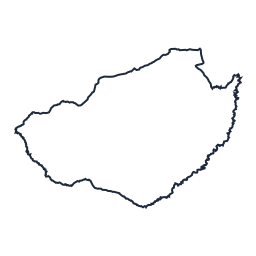 the district of Ulianópolis, Pará, Brazil
{"feature_id": "56859067B65727130507514", "entity_name": "Ulianópolis", "entity_type": "district", "adm_level": 2, "iso_a3": "BRA", "parent_name": "Brazil", "parent_adm1": "Pará", "projection": "albers", "projection_center": [-47.475, -3.802], "detail": "fine", "context": "isolated", "style": "outline", "palette": "slate", "viewbox_px": 256, "rotation_deg": 0, "n_neighbors": 0, "source": "geoboundaries", "source_scale": "gbopen_adm2", "svg_char_len": 5817}
<svg xmlns="http://www.w3.org/2000/svg" viewBox="0 0 256 256"><path d="M169.2,196.6L169.3,195.0L170.0,194.2L172.1,193.1L172.7,192.4L172.0,190.5L172.2,189.3L172.7,188.1L173.9,187.7L174.1,185.3L175.1,184.3L175.3,183.3L177.4,184.1L177.8,185.5L178.4,185.5L178.9,184.5L179.8,184.1L181.0,184.2L181.3,183.4L181.1,182.2L181.7,181.9L182.6,182.5L182.8,180.6L183.9,179.8L184.7,179.9L185.1,179.4L186.2,180.0L186.9,179.8L187.2,179.0L187.0,178.0L188.6,176.9L189.7,176.7L191.9,175.1L192.1,174.0L193.1,172.2L193.9,171.9L194.6,172.4L195.9,172.7L197.1,172.5L197.4,171.4L197.4,169.9L198.6,169.6L200.6,169.8L201.2,169.5L201.5,166.7L202.3,166.5L202.6,167.4L202.2,168.1L202.7,169.0L204.6,168.4L204.7,167.5L203.5,166.8L203.4,166.2L203.6,165.4L204.3,165.0L205.9,165.0L206.5,164.4L206.9,163.3L206.1,162.9L205.8,160.9L206.9,159.5L207.6,160.0L208.6,159.8L209.0,158.8L207.9,157.4L207.7,156.6L208.6,156.2L208.2,155.4L210.5,154.6L211.0,153.8L211.9,153.8L212.6,153.3L213.3,153.3L213.7,151.6L213.4,150.3L213.8,149.4L215.7,150.0L215.8,150.8L216.5,150.4L217.2,149.1L216.9,147.1L216.4,146.6L216.8,145.8L218.0,144.7L219.2,145.0L219.2,145.7L219.8,146.0L220.6,145.2L221.8,145.0L222.9,145.5L223.0,144.6L223.9,143.0L223.8,142.3L224.1,141.5L227.2,140.9L227.8,139.9L228.4,138.1L229.0,137.6L228.2,136.6L228.5,135.8L228.4,134.7L227.5,133.3L228.3,133.0L229.1,133.5L229.6,132.1L230.5,131.4L229.4,130.2L230.2,129.0L230.2,128.4L231.1,128.4L232.3,127.2L232.7,124.8L233.5,123.7L232.5,123.0L232.8,122.4L234.1,121.4L233.6,120.8L234.3,120.5L232.9,119.2L232.3,118.4L233.2,117.7L234.6,115.7L233.9,114.6L234.7,114.2L234.8,113.2L233.3,111.9L233.3,111.2L235.2,109.2L236.0,109.1L235.7,108.0L235.9,107.0L236.5,106.5L235.5,104.8L235.7,102.5L235.0,101.9L235.3,100.6L236.1,99.8L238.1,98.7L238.2,98.0L237.5,98.0L237.0,97.5L236.0,97.9L235.5,97.3L235.1,96.6L236.4,95.4L235.6,94.7L234.4,94.8L234.7,93.8L234.5,93.1L236.2,93.3L237.8,92.0L236.5,90.9L236.9,90.3L236.3,90.0L235.3,90.2L236.4,89.0L236.5,87.9L236.0,87.2L236.6,86.4L237.5,86.1L238.3,84.0L239.6,83.4L239.9,82.5L240.6,82.4L240.1,81.5L238.2,80.6L238.5,79.8L239.4,79.6L240.6,78.0L239.9,78.2L238.7,76.5L238.1,76.6L239.0,75.4L238.3,74.3L236.4,75.5L234.9,75.6L234.3,75.1L233.2,76.5L233.4,77.6L232.6,79.6L231.1,82.0L230.3,82.2L229.1,83.3L228.3,83.3L228.0,84.2L226.6,85.7L225.8,87.5L224.9,87.8L224.0,87.6L222.8,87.9L221.7,87.7L220.7,88.3L220.7,86.8L219.7,87.8L219.0,87.9L218.3,86.6L217.6,86.6L216.9,86.2L216.6,87.2L216.0,87.2L215.3,86.7L213.9,87.1L213.9,87.7L212.6,87.7L212.3,88.5L211.1,86.8L210.8,84.0L208.7,80.9L207.9,79.0L206.2,76.9L204.3,75.3L203.3,72.9L200.9,70.2L199.9,69.5L198.8,69.1L196.2,66.8L195.8,65.8L196.8,65.1L202.1,63.9L203.4,63.1L203.5,62.0L202.6,60.3L201.1,54.4L200.7,49.6L199.9,48.7L197.9,50.1L192.2,49.8L189.9,49.2L186.7,50.3L185.6,49.8L179.6,50.2L178.7,49.3L176.8,49.5L175.7,48.8L171.2,49.0L169.5,49.8L169.4,50.5L169.8,51.1L169.8,51.8L168.8,52.7L168.1,53.8L165.7,54.9L163.8,54.8L162.7,55.2L161.0,56.7L159.7,58.5L156.0,60.2L153.7,62.0L152.3,62.4L151.9,63.0L149.5,63.9L147.9,65.1L145.0,65.7L142.5,67.1L140.2,67.8L139.0,69.6L136.5,70.0L134.4,68.4L131.3,71.5L130.6,71.3L127.4,72.5L125.9,73.5L118.6,74.8L113.7,76.5L109.9,76.8L104.4,76.6L101.1,77.6L99.2,78.8L98.5,80.0L98.4,82.8L97.5,83.7L95.6,84.6L94.0,91.4L93.3,92.1L92.4,92.4L90.7,94.8L88.1,97.4L87.7,99.1L87.1,99.9L81.5,104.9L80.5,105.4L78.3,105.6L76.0,103.9L75.6,103.4L73.7,102.9L73.1,102.2L70.4,102.2L69.6,102.6L67.7,101.6L66.6,101.7L65.9,102.1L64.8,101.6L63.5,101.5L63.1,100.9L62.3,101.2L60.5,102.7L60.2,103.5L59.0,104.4L57.5,104.4L57.1,105.0L54.0,105.5L51.0,108.3L50.3,110.1L49.0,112.3L47.7,112.8L45.4,113.1L43.1,112.8L40.8,113.7L39.7,113.6L38.3,112.9L35.1,113.0L34.1,112.2L32.5,112.3L32.0,112.9L32.1,113.6L31.4,113.6L30.3,114.8L29.0,115.6L28.9,116.6L26.7,118.7L26.5,119.5L25.6,119.7L24.4,120.6L23.6,121.8L23.6,124.2L22.9,124.7L21.5,125.1L20.8,126.0L20.1,126.0L19.5,126.5L18.4,126.6L16.5,127.9L16.3,128.9L15.7,128.7L15.4,129.4L16.1,130.6L15.7,132.3L16.6,131.8L17.2,132.2L16.9,133.0L17.6,133.3L18.1,132.8L20.7,134.2L20.2,134.8L20.9,135.2L21.4,136.6L22.6,137.0L23.5,137.8L23.0,138.3L24.8,140.3L25.3,141.6L25.2,142.3L25.8,142.7L26.0,143.4L25.8,144.0L26.3,144.6L26.1,146.5L27.2,147.3L27.2,150.4L26.6,150.8L26.4,151.5L26.8,152.0L28.1,151.5L28.3,152.2L27.8,152.6L27.9,154.2L28.6,154.6L30.3,154.3L29.9,155.6L30.3,156.1L31.3,158.4L32.6,159.0L32.8,160.3L34.6,161.4L36.7,161.5L37.4,162.9L38.7,163.1L39.1,163.7L38.9,164.5L41.8,165.5L41.8,166.2L42.5,166.5L43.6,168.4L44.3,168.5L44.1,169.2L45.5,169.5L45.4,170.8L46.6,171.5L45.7,173.0L46.0,174.2L45.5,174.6L45.4,175.4L46.2,176.7L48.4,176.1L50.1,177.5L50.5,178.9L51.9,180.5L52.6,180.4L54.6,182.0L55.5,182.3L55.9,182.8L56.7,182.6L58.0,183.0L59.3,182.4L60.4,182.9L62.9,184.7L64.7,184.8L65.1,184.2L65.8,184.2L66.1,184.9L66.9,185.4L67.4,185.0L68.2,185.1L68.8,185.6L69.7,185.8L71.0,185.3L71.4,185.9L72.1,185.5L73.9,183.2L77.6,181.0L79.1,181.6L80.1,180.6L81.7,180.6L83.6,179.6L84.6,179.6L85.3,178.9L86.4,179.6L88.4,180.2L88.9,179.7L90.5,180.8L92.8,185.4L94.7,187.8L98.0,188.8L98.7,188.5L100.1,188.7L100.9,188.6L102.4,189.8L106.2,190.0L107.9,190.9L111.2,191.2L112.7,191.9L113.6,191.7L119.4,193.2L119.6,193.8L122.7,196.2L124.2,196.5L124.6,197.4L125.3,197.5L126.1,198.7L127.2,198.6L128.2,199.0L128.7,199.6L130.0,200.2L130.5,200.7L131.1,200.5L131.7,201.1L132.4,201.3L133.6,203.4L134.7,203.5L135.3,204.1L136.1,204.1L136.8,204.5L137.0,205.2L137.9,205.2L138.5,205.8L140.6,206.3L141.3,206.1L142.9,207.3L144.8,206.1L145.6,206.5L146.0,207.2L146.4,206.4L148.3,204.9L148.9,205.1L151.2,204.7L151.4,203.7L152.3,204.0L153.3,203.9L153.3,203.0L153.9,202.4L154.9,202.2L155.0,201.3L157.7,200.6L157.3,199.6L157.9,199.1L158.4,200.0L159.3,199.5L159.6,198.9L160.3,199.3L160.9,198.6L160.4,197.8L160.6,197.2L162.1,197.6L163.6,197.1L166.0,197.1L166.4,197.8L167.3,197.4L167.5,196.6L168.1,196.0L169.2,196.6Z" fill="none" stroke="#1e293b" stroke-width="2"/></svg>